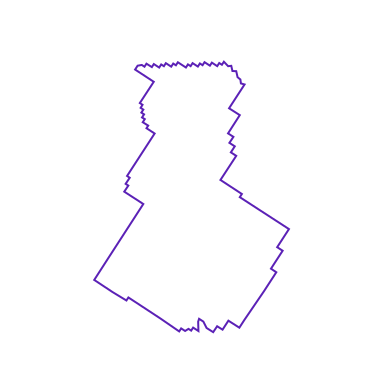 outline of Yellowstone, Montana, United States of America, rotated 303°
{"feature_id": "52423323B50031109105153", "entity_name": "Yellowstone", "entity_type": "district", "adm_level": 2, "iso_a3": "USA", "parent_name": "United States of America", "parent_adm1": "Montana", "projection": "natural_earth1", "projection_center": [-108.061, 45.978], "detail": "fine", "context": "isolated", "style": "outline", "palette": "violet", "viewbox_px": 384, "rotation_deg": 303, "n_neighbors": 0, "source": "geoboundaries", "source_scale": "gbopen_adm2", "svg_char_len": 1320}
<svg xmlns="http://www.w3.org/2000/svg" viewBox="0 0 384 384"><g transform="rotate(303 192 192)"><path d="M271.2,80.7L268.3,77.6L263.7,77.6L263.6,99.9L238.2,99.8L238.2,103.0L234.6,103.1L234.6,106.3L231.0,106.3L231.0,109.5L227.3,109.5L227.4,112.7L223.7,112.7L223.8,119.1L220.7,119.1L220.7,128.8L170.1,128.8L170.0,132.0L162.7,131.9L162.7,135.1L155.4,135.0L155.4,157.7L90.2,157.8L65.0,157.9L64.8,180.0L65.3,196.1L68.9,196.1L68.7,234.8L68.1,257.2L71.7,257.2L71.7,261.9L75.3,263.6L75.3,266.8L78.9,266.8L78.9,273.1L86.6,267.8L89.5,267.0L89.5,272.1L85.9,278.3L86.0,286.1L93.1,286.2L93.2,292.6L103.9,292.6L104.0,305.6L113.2,305.6L113.3,305.6L148.2,306.4L170.6,306.4L170.7,300.0L192.1,300.0L192.1,293.5L213.7,293.5L213.7,257.5L213.7,234.9L217.5,234.9L217.6,209.3L246.4,209.4L246.4,203.0L253.6,203.0L253.6,196.6L260.8,196.7L260.8,190.3L282.5,190.2L282.4,177.5L310.8,177.5L309.7,173.9L312.7,171.3L313.1,167.7L317.4,163.3L315.5,160.0L319.2,156.2L317.2,153.8L318.6,147.8L315.0,147.8L315.0,144.6L311.3,144.6L311.3,138.2L307.7,138.2L307.7,131.8L304.1,131.8L304.1,128.6L300.4,128.6L300.4,122.3L296.8,122.3L296.8,119.1L293.1,119.1L293.1,109.5L289.5,109.5L289.5,106.3L285.8,106.3L285.8,99.9L282.2,99.9L282.2,96.7L278.5,96.7L278.5,90.3L274.9,90.3L274.8,83.9L271.2,83.9L271.2,80.7Z" fill="none" stroke="#5b21b6" stroke-width="2"/></g></svg>